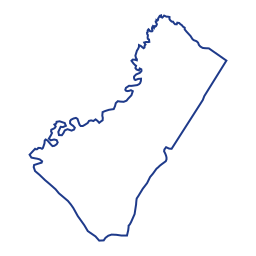 Muar, Johor, Malaysia
{"feature_id": "92858781B4939885294010", "entity_name": "Muar", "entity_type": "district", "adm_level": 2, "iso_a3": "MYS", "parent_name": "Malaysia", "parent_adm1": "Johor", "projection": "albers", "projection_center": [102.758, 2.134], "detail": "fine", "context": "isolated", "style": "outline", "palette": "blue", "viewbox_px": 256, "rotation_deg": 0, "n_neighbors": 0, "source": "geoboundaries", "source_scale": "gbopen_adm2", "svg_char_len": 3260}
<svg xmlns="http://www.w3.org/2000/svg" viewBox="0 0 256 256"><path d="M147.0,32.8L147.3,34.3L147.9,35.0L147.8,36.3L147.6,37.4L147.8,38.8L149.0,39.5L149.3,41.9L148.2,42.1L146.0,42.0L144.2,42.5L144.9,43.8L145.5,44.6L144.6,45.7L144.5,47.5L143.6,48.2L142.4,47.3L140.9,46.0L139.0,45.1L138.9,47.1L138.0,49.0L136.9,50.7L135.4,55.7L136.0,58.0L136.9,59.3L136.8,60.3L134.8,59.7L132.7,59.6L131.5,60.8L133.5,63.5L135.0,65.0L136.1,65.8L135.4,68.0L136.5,69.5L138.9,70.4L139.7,68.5L141.3,69.3L141.5,70.9L140.6,72.1L139.6,73.0L136.2,74.4L134.1,76.5L134.0,77.9L134.6,79.6L135.5,80.0L138.2,78.9L141.0,78.7L140.9,80.9L140.1,83.1L139.0,84.2L137.2,85.1L131.4,85.9L129.0,85.8L125.9,87.9L125.3,89.8L126.1,90.8L127.5,91.1L129.3,90.8L130.9,90.2L132.8,91.2L131.4,95.3L128.3,98.5L126.5,100.7L123.7,101.8L120.4,101.6L117.8,101.2L115.8,103.1L115.0,106.2L113.7,109.1L111.6,109.4L109.0,109.8L105.2,111.0L102.6,112.1L102.3,115.7L102.8,117.9L102.6,120.3L100.7,121.6L99.2,122.8L97.5,120.9L95.6,119.4L93.4,121.0L91.1,120.4L89.0,120.9L87.7,123.0L84.9,124.8L82.8,126.0L80.7,126.0L79.6,124.8L78.4,121.6L77.5,118.9L75.9,117.9L73.5,118.5L71.1,119.7L70.1,121.0L70.1,123.4L71.3,124.6L73.1,125.8L74.8,127.7L74.1,129.5L71.6,130.6L67.5,129.2L64.8,130.4L63.4,133.1L61.9,135.2L59.0,135.1L58.3,131.9L60.7,126.8L62.9,127.1L65.9,125.8L64.7,123.0L59.6,121.3L56.6,121.8L56.2,123.6L54.4,124.5L55.7,126.4L55.1,127.6L53.8,128.6L51.3,129.7L51.1,131.6L52.0,133.0L51.0,135.1L48.9,138.6L50.7,140.3L54.1,139.5L56.6,140.1L57.7,142.4L56.6,144.3L54.4,145.8L52.5,146.1L51.0,144.6L48.6,141.8L47.4,140.4L45.6,139.5L44.7,140.6L44.5,143.3L43.6,146.0L42.9,148.0L42.0,148.8L40.4,148.0L38.3,147.9L37.5,148.9L37.0,149.2L35.9,149.3L35.1,148.8L29.6,154.7L31.4,157.6L34.8,158.3L37.2,158.7L39.7,159.4L42.1,161.3L41.6,162.7L39.7,163.2L34.1,165.0L33.7,167.1L35.1,171.1L39.5,174.8L45.1,180.2L49.5,183.9L55.6,189.3L58.9,193.3L63.3,197.0L68.0,201.0L71.0,204.7L73.3,208.0L77.8,216.1L84.3,225.2L87.8,231.1L95.5,236.4L99.2,240.6L103.7,240.4L105.5,237.8L108.3,235.7L111.6,234.6L116.3,234.8L121.2,235.5L127.0,235.5L128.2,230.3L128.6,226.9L128.6,225.7L129.8,224.4L131.1,222.0L134.6,214.1L136.1,204.3L136.2,202.7L136.4,200.6L136.7,198.5L138.3,196.1L142.8,188.7L147.1,183.1L150.1,177.0L152.9,173.7L156.5,168.7L158.2,167.3L159.7,165.8L161.6,164.3L163.8,162.7L165.8,161.2L166.5,159.4L166.5,157.5L166.1,155.8L165.3,153.7L164.1,151.3L164.4,149.5L166.1,147.2L169.1,148.6L171.6,148.8L202.8,100.0L204.3,96.1L226.4,60.6L208.9,48.4L207.6,48.3L205.0,48.2L202.6,47.9L200.3,46.5L198.9,44.9L198.1,42.7L196.5,41.2L193.6,40.1L192.4,39.0L190.6,36.1L186.3,31.4L184.7,29.4L184.7,27.7L182.8,26.5L182.1,25.4L180.3,24.1L179.2,23.0L177.3,22.7L176.7,24.3L175.0,24.2L173.7,22.8L173.1,21.7L171.7,21.6L170.2,20.2L169.4,18.9L169.5,18.0L169.5,17.0L168.0,16.7L166.5,16.7L164.1,15.6L163.3,16.5L162.3,17.6L160.8,16.9L161.0,16.1L161.0,15.4L159.8,15.8L158.5,17.9L158.1,18.6L158.1,19.8L157.5,20.5L156.5,20.0L156.5,20.9L155.7,21.4L155.9,22.4L156.5,23.3L156.9,24.2L156.5,25.2L156.1,26.0L155.5,26.5L154.9,26.1L154.0,26.1L154.3,27.2L154.0,28.0L153.5,27.4L152.8,26.3L152.3,27.1L152.0,28.2L152.0,29.0L152.5,30.2L152.5,30.8L152.0,31.3L150.9,31.3L150.1,31.2L149.5,30.7L149.1,29.8L148.5,29.3L147.7,30.4L147.6,31.4L147.6,32.2L147.0,32.8Z" fill="none" stroke="#1e3a8a" stroke-width="2"/></svg>